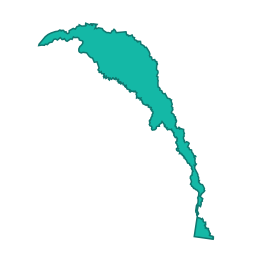 outline of Nhamundá, Amazonas, Brazil, rotated 188°
{"feature_id": "56859067B20475457362782", "entity_name": "Nhamundá", "entity_type": "district", "adm_level": 2, "iso_a3": "BRA", "parent_name": "Brazil", "parent_adm1": "Amazonas", "projection": "robinson", "projection_center": [-57.83, -1.081], "detail": "fine", "context": "isolated", "style": "filled", "palette": "teal", "viewbox_px": 256, "rotation_deg": 188, "n_neighbors": 0, "source": "geoboundaries", "source_scale": "gbopen_adm2", "svg_char_len": 5840}
<svg xmlns="http://www.w3.org/2000/svg" viewBox="0 0 256 256"><g transform="rotate(188 128 128)"><path d="M73.5,109.8L72.0,110.3L71.6,109.5L70.7,109.5L70.4,108.5L69.2,108.3L69.0,107.3L68.2,107.1L68.2,106.2L67.6,106.4L66.8,105.0L65.7,104.4L64.1,101.6L62.2,101.3L61.6,99.9L59.5,98.5L59.4,97.0L59.1,96.6L59.4,96.6L58.7,95.5L58.2,95.4L58.1,94.6L57.6,94.1L58.2,93.4L58.1,90.2L58.5,90.1L59.4,88.7L59.3,86.8L58.4,85.6L57.6,83.4L58.3,81.0L57.4,80.5L56.9,79.3L56.1,79.1L54.5,77.3L53.7,77.4L52.6,76.5L50.7,75.9L48.8,74.0L48.7,70.6L49.3,68.4L48.9,68.0L48.4,65.7L48.3,63.3L49.4,60.7L49.4,55.3L48.8,53.7L47.9,53.3L47.9,51.5L47.1,50.3L47.3,29.7L28.2,29.7L28.1,30.9L28.6,31.2L28.3,32.0L28.9,32.5L32.4,32.9L32.4,33.5L31.7,34.6L31.9,35.1L32.4,34.9L33.5,37.5L34.3,38.1L34.2,39.3L34.6,39.7L36.1,39.4L36.3,40.0L37.4,39.7L37.6,41.4L38.6,42.0L38.6,42.6L37.6,43.0L38.1,45.5L39.1,45.2L40.5,45.8L40.9,47.7L41.8,48.7L42.4,47.8L44.1,48.8L46.2,48.9L47.0,49.4L47.1,51.7L46.9,52.4L46.3,52.5L46.2,53.0L47.9,55.8L47.7,60.7L47.2,61.4L45.3,60.3L44.9,62.8L45.4,64.6L44.2,66.0L44.6,66.7L44.1,68.3L47.3,70.5L46.0,72.3L46.3,72.8L44.3,74.9L43.3,76.6L44.1,77.4L43.9,78.6L45.9,81.7L46.6,82.3L48.3,82.4L50.4,84.2L50.1,85.6L50.7,85.4L51.2,89.0L52.1,90.1L52.4,91.8L56.5,97.5L56.4,99.3L57.2,100.3L56.0,100.5L55.3,101.8L56.4,102.3L57.4,105.4L57.2,106.9L58.5,108.3L56.9,109.1L57.3,109.7L58.9,109.8L60.2,111.9L61.3,112.8L62.1,115.1L64.1,115.2L64.9,116.9L66.4,117.6L65.3,121.2L65.9,121.9L68.0,122.6L69.6,121.5L70.6,122.7L70.4,123.5L71.1,124.2L71.7,125.6L71.8,127.1L71.3,127.6L71.8,129.9L71.4,130.3L72.5,132.4L72.7,134.3L75.9,134.8L76.7,134.1L77.2,134.5L77.1,135.6L77.7,135.8L78.1,134.8L79.5,134.4L80.2,134.8L80.2,135.5L80.8,136.2L81.4,136.2L81.7,137.3L81.3,137.6L81.6,139.8L81.1,140.4L80.9,141.8L81.4,142.4L81.9,142.3L82.1,142.8L81.7,143.2L82.5,144.3L82.6,145.6L83.6,145.5L84.4,147.6L86.1,148.7L86.9,148.7L87.2,149.3L87.1,150.4L86.1,152.3L86.8,153.1L86.4,154.1L88.0,155.6L87.5,157.6L89.0,160.6L88.9,161.8L89.9,161.6L90.5,162.8L93.1,163.0L96.1,167.3L96.9,166.9L98.3,167.2L99.2,168.1L99.4,169.2L100.7,169.9L101.8,170.0L101.8,171.5L102.8,172.5L103.9,172.8L104.7,176.7L104.8,179.4L105.5,180.3L105.5,182.8L106.8,183.2L106.5,185.3L106.1,185.8L106.0,187.5L106.5,188.8L107.8,189.6L108.0,190.3L108.3,194.1L107.7,195.2L107.9,195.8L108.5,195.8L108.5,197.4L109.0,197.8L109.5,197.5L110.1,197.8L111.1,199.5L113.3,198.8L114.2,200.1L114.4,201.3L115.4,201.8L116.1,201.5L116.8,202.6L116.6,204.3L117.7,206.4L121.1,210.5L122.6,210.2L123.6,211.6L126.9,212.8L127.7,215.5L129.5,215.4L130.1,214.6L130.6,215.3L131.1,215.0L131.8,215.9L133.5,216.2L134.3,217.2L134.1,218.4L135.7,218.6L136.9,220.7L138.9,219.5L140.0,219.8L140.4,219.3L141.2,220.2L142.3,220.1L143.4,223.0L152.8,220.8L154.3,222.9L155.6,223.8L156.5,222.2L157.4,221.9L158.0,220.1L158.6,219.5L160.6,219.8L162.4,219.5L166.0,221.2L167.3,222.9L171.1,223.1L172.8,222.0L173.7,222.8L174.4,222.2L173.9,224.0L174.4,225.2L173.3,225.7L173.0,226.3L177.3,226.3L177.6,225.8L177.4,224.7L177.7,224.5L178.5,224.8L178.4,225.8L178.8,226.1L179.4,226.0L180.5,224.9L184.4,225.9L184.5,224.8L183.8,223.6L184.1,223.3L188.0,222.4L190.7,223.4L190.7,222.2L192.7,221.3L194.0,218.6L196.1,219.0L199.8,216.1L199.5,214.2L200.8,213.0L202.3,213.5L202.8,214.7L204.1,214.3L205.4,215.7L207.1,215.5L208.1,214.3L207.8,215.2L209.1,215.6L210.8,214.1L213.3,213.4L217.3,211.4L220.1,209.5L222.6,206.9L227.7,198.7L227.9,197.2L224.9,198.1L222.2,198.3L221.6,199.4L220.9,199.6L219.5,199.3L217.7,201.6L215.1,202.5L213.8,205.4L212.1,206.1L210.1,205.3L207.6,208.1L205.6,206.4L204.5,206.7L203.4,207.6L201.5,205.7L200.3,205.4L197.5,208.0L196.8,208.3L195.7,208.0L194.7,210.6L193.3,210.1L190.4,210.7L188.9,209.9L188.6,208.6L188.0,208.3L185.2,207.9L184.7,207.3L184.6,205.5L185.7,203.4L187.0,201.9L187.7,199.5L187.4,197.4L186.6,196.4L184.8,195.8L183.1,196.7L179.4,196.7L176.3,193.5L174.7,192.6L172.8,192.3L170.5,188.4L167.9,189.2L165.0,183.4L165.8,181.4L164.5,180.5L164.3,179.1L163.2,179.1L162.4,180.0L161.5,178.1L159.3,178.4L159.4,177.3L158.6,176.7L159.5,175.7L158.9,174.6L158.6,175.5L157.6,174.7L156.8,175.8L156.6,174.1L154.8,175.3L153.8,174.8L154.0,173.5L153.1,173.0L153.0,174.3L152.6,174.9L152.1,174.2L150.9,173.9L150.1,175.6L149.8,175.6L148.7,174.5L147.5,174.3L147.6,175.1L147.0,175.9L145.7,174.3L144.2,174.9L144.0,174.3L144.8,173.0L143.9,172.7L143.8,171.5L142.9,171.3L142.4,172.7L141.6,172.6L141.3,172.3L141.7,171.5L141.4,170.7L139.1,171.7L138.9,170.2L137.5,169.9L137.1,169.0L135.8,170.0L135.6,169.4L136.0,168.1L134.9,167.8L134.6,166.7L134.0,166.4L132.3,166.2L132.0,165.7L131.4,166.0L131.2,165.7L131.7,164.6L130.9,163.9L129.7,165.1L129.1,164.8L127.9,165.2L127.1,164.6L126.9,165.2L125.9,165.5L124.8,164.1L124.2,164.0L124.7,162.6L123.9,161.3L123.7,158.9L122.6,159.6L121.8,158.8L121.3,159.3L120.7,158.8L119.4,159.4L119.9,157.6L118.5,157.7L118.1,156.7L117.4,156.2L117.4,155.2L116.8,154.9L116.6,154.1L113.1,153.0L112.5,153.8L111.6,153.2L110.9,153.4L110.6,152.9L110.9,151.7L109.5,151.2L108.5,151.7L107.8,151.5L108.1,149.8L106.9,149.5L107.2,148.4L105.7,147.8L105.3,146.0L105.9,144.9L106.0,144.0L105.6,143.3L106.5,141.8L106.8,139.4L107.0,138.8L107.4,139.0L107.8,138.4L107.5,136.9L106.8,136.2L107.4,134.5L106.6,133.3L105.1,132.9L104.4,132.0L104.6,130.5L104.1,129.6L103.1,129.3L101.9,130.1L101.3,129.9L100.0,131.4L100.1,132.7L99.7,133.3L99.2,133.8L97.2,134.1L97.6,135.7L95.7,137.5L95.2,139.1L92.8,136.8L92.3,135.3L91.8,135.6L91.9,134.5L91.0,134.3L90.0,133.3L89.5,133.5L89.6,132.7L88.6,131.7L87.2,132.5L86.2,132.2L84.7,132.8L84.5,131.8L83.6,131.4L83.5,130.5L82.0,129.9L82.2,129.2L81.6,128.3L81.7,127.3L79.9,125.2L78.9,125.0L78.6,125.5L77.5,124.1L78.0,122.9L77.7,122.6L77.7,121.7L78.7,120.7L78.3,119.6L77.6,119.3L76.8,117.7L76.2,117.3L76.1,115.6L76.4,115.0L75.8,114.7L77.1,114.3L77.1,113.7L76.7,112.8L75.5,112.1L75.0,112.2L74.9,112.8L73.3,111.1L73.5,109.8Z" fill="#14b8a6" stroke="#0f766e" stroke-width="1.5"/></g></svg>